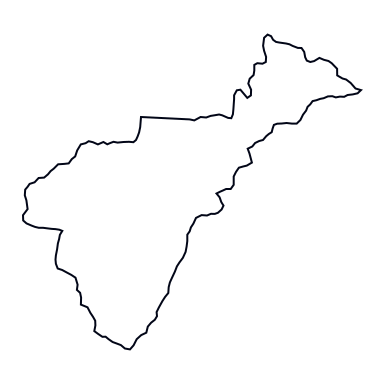 Presidente Alves, São Paulo, Brazil (Natural Earth projection)
{"feature_id": "56859067B62232848878752", "entity_name": "Presidente Alves", "entity_type": "district", "adm_level": 2, "iso_a3": "BRA", "parent_name": "Brazil", "parent_adm1": "São Paulo", "projection": "natural_earth1", "projection_center": [-49.409, -22.123], "detail": "fine", "context": "isolated", "style": "outline", "palette": "ink", "viewbox_px": 384, "rotation_deg": 0, "n_neighbors": 0, "source": "geoboundaries", "source_scale": "gbopen_adm2", "svg_char_len": 2664}
<svg xmlns="http://www.w3.org/2000/svg" viewBox="0 0 384 384"><path d="M361.0,90.1L355.5,88.5L350.7,83.0L346.1,79.5L342.5,78.5L337.2,75.4L337.1,68.8L331.7,63.2L328.5,61.0L323.9,59.8L319.4,57.9L314.1,61.1L310.3,62.0L306.8,60.6L305.2,57.3L304.2,51.9L301.5,48.0L297.8,47.9L292.6,45.9L289.5,44.3L286.1,43.5L279.1,42.5L276.0,41.9L273.1,39.8L271.1,36.2L267.6,34.6L264.1,37.8L263.1,45.8L264.1,50.8L266.1,56.9L265.8,62.0L262.5,63.7L257.3,63.2L254.3,64.9L254.3,70.5L253.6,75.0L249.7,78.7L248.3,83.6L251.1,89.7L250.9,95.4L247.3,97.9L240.4,89.7L236.8,90.3L234.1,95.3L234.1,99.1L233.8,103.3L233.4,109.2L232.9,114.3L231.3,118.2L228.1,117.9L222.2,115.3L219.1,114.5L214.4,115.3L210.6,115.9L206.2,117.5L200.6,117.0L194.3,120.4L189.7,119.4L141.0,117.0L140.2,127.1L139.1,132.4L137.6,136.5L136.0,140.0L133.4,142.2L129.0,141.8L123.5,142.0L117.6,142.6L113.5,141.8L110.3,143.0L107.3,144.3L103.4,142.0L97.9,144.4L92.9,142.2L88.7,141.2L85.6,143.2L80.8,144.4L77.2,150.4L75.2,156.4L71.8,159.1L68.7,163.4L64.2,163.9L58.1,164.3L53.7,168.7L50.6,171.1L48.0,174.3L44.1,177.6L38.6,178.0L34.6,182.3L29.6,183.9L27.6,186.8L25.2,189.6L24.8,195.3L26.4,200.4L27.6,209.1L23.0,215.2L23.2,220.5L26.5,223.4L31.6,225.6L35.0,226.9L38.8,227.8L43.1,227.8L48.5,228.5L51.9,228.9L55.3,229.1L59.3,229.7L62.3,230.9L59.9,234.8L59.1,239.1L57.9,243.4L57.1,249.3L55.9,255.4L55.5,259.6L55.9,263.8L57.7,268.5L62.2,270.0L66.6,272.4L71.3,274.9L75.5,277.7L77.6,284.7L76.9,289.9L80.1,292.8L81.1,297.6L80.9,304.6L87.5,307.3L90.4,312.9L93.0,316.8L95.2,320.7L95.4,325.4L94.3,331.1L98.1,333.9L102.4,336.8L105.6,336.7L108.6,339.2L112.6,342.0L117.2,343.7L120.9,345.1L124.9,348.5L130.0,349.4L133.6,345.3L136.7,339.2L141.2,335.1L146.3,332.7L147.8,326.6L151.1,322.7L154.8,319.8L157.0,316.2L156.6,312.1L158.8,307.6L162.4,301.1L165.1,296.9L168.3,293.0L168.7,287.1L169.9,282.4L171.9,278.0L174.9,271.6L176.9,266.4L179.4,262.5L182.9,257.8L185.6,251.9L186.6,246.6L187.3,241.1L187.3,234.7L189.7,231.3L190.9,227.4L193.4,223.6L196.0,217.9L201.6,215.1L207.0,215.5L211.0,213.8L214.8,213.9L217.9,212.8L221.6,209.5L223.5,205.6L221.3,202.1L219.6,197.3L216.5,193.5L220.1,191.7L223.1,190.4L226.1,189.0L230.7,189.0L233.7,184.8L233.7,176.5L236.0,171.9L238.9,167.7L243.1,166.5L246.8,165.6L251.9,162.6L249.5,153.6L247.7,148.7L252.3,146.5L255.1,143.0L259.2,141.0L263.0,140.0L266.2,136.2L268.8,134.0L271.7,132.2L272.6,128.6L273.9,124.9L277.2,123.7L281.8,123.5L286.6,123.0L292.0,123.6L296.7,123.6L300.4,120.0L303.0,114.7L306.1,110.6L307.6,106.8L310.2,104.4L312.6,101.1L316.5,100.2L320.1,98.9L323.7,98.2L327.9,96.4L332.3,96.2L335.8,97.4L339.9,96.6L344.2,96.8L347.6,95.0L352.8,94.4L357.6,93.3L361.0,90.1Z" fill="none" stroke="#020617" stroke-width="2"/></svg>